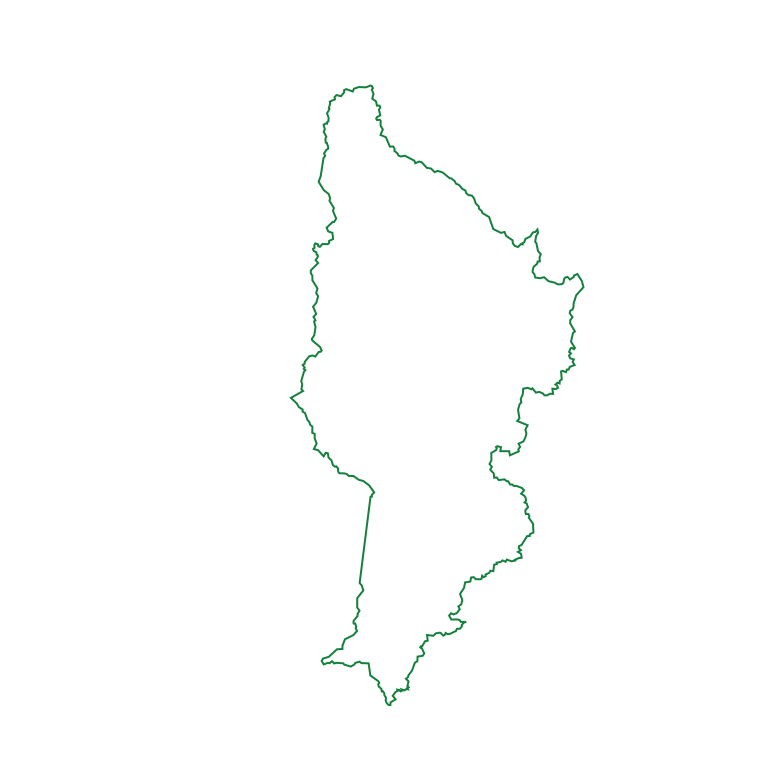 Santa Rosa De Osos, Antioquia, Colombia (Mercator projection), rotated 232°
{"feature_id": "7082276B84745263365816", "entity_name": "Santa Rosa De Osos", "entity_type": "district", "adm_level": 2, "iso_a3": "COL", "parent_name": "Colombia", "parent_adm1": "Antioquia", "projection": "mercator", "projection_center": [-75.464, 6.704], "detail": "fine", "context": "isolated", "style": "outline", "palette": "green", "viewbox_px": 768, "rotation_deg": 232, "n_neighbors": 0, "source": "geoboundaries", "source_scale": "gbopen_adm2", "svg_char_len": 6166}
<svg xmlns="http://www.w3.org/2000/svg" viewBox="0 0 768 768"><g transform="rotate(232 384 384)"><path d="M204.0,164.3L200.1,163.9L198.8,168.2L197.5,169.2L197.6,172.3L194.4,172.7L193.8,174.6L189.1,179.8L187.2,180.0L181.8,183.9L181.2,187.4L181.9,189.8L180.2,193.8L177.9,194.4L173.4,199.9L162.7,193.8L153.2,196.6L151.4,196.2L151.0,194.7L148.9,193.6L145.4,194.2L143.1,193.0L142.7,193.9L140.4,193.9L138.2,192.6L135.5,192.5L133.5,190.4L130.8,189.7L128.4,190.0L127.1,191.4L129.1,193.2L128.4,199.0L132.9,198.9L134.2,203.5L133.7,205.8L135.0,206.3L133.3,207.8L131.6,207.8L131.2,209.5L132.5,209.9L129.9,211.5L129.9,213.8L128.5,215.0L130.5,215.6L130.0,216.7L131.8,216.8L134.6,220.3L138.2,219.8L138.3,222.7L139.3,223.7L141.0,229.8L145.4,236.8L145.0,239.6L148.5,242.6L146.0,247.2L146.9,249.8L151.9,251.0L154.1,250.4L154.6,251.8L153.8,252.5L156.0,258.0L154.8,260.4L159.7,263.4L155.2,267.9L155.6,271.3L154.0,274.4L153.0,275.4L149.2,275.8L148.9,277.7L149.9,279.3L147.6,280.2L146.5,282.0L145.1,288.7L146.2,290.8L144.4,293.1L145.0,296.1L146.3,296.9L146.8,300.2L145.9,302.3L149.4,298.0L151.3,298.3L153.0,297.2L157.0,292.0L161.4,292.7L162.1,295.6L159.8,296.8L158.6,300.1L159.9,305.0L162.9,305.7L162.8,309.2L165.5,312.7L171.7,314.6L174.1,321.6L177.7,325.7L175.2,330.4L177.9,333.5L176.5,335.8L173.7,336.1L170.8,339.7L170.5,341.0L172.5,343.3L170.4,343.6L170.0,345.9L171.3,346.7L170.4,350.8L171.4,352.8L169.2,354.9L173.8,359.5L172.6,361.9L173.9,362.7L171.9,366.3L172.0,368.8L169.1,370.4L170.0,372.7L165.7,375.4L164.1,378.8L164.9,378.9L163.8,383.2L162.3,385.4L165.7,387.5L169.2,386.2L168.7,389.6L171.5,389.0L173.1,390.6L172.5,393.4L176.0,403.1L174.5,405.2L175.8,406.4L175.0,410.3L182.1,415.4L189.5,415.8L190.2,417.1L192.6,417.7L194.1,415.8L195.8,416.4L197.6,417.8L198.2,421.6L202.1,422.9L204.1,421.8L204.6,424.2L207.2,425.5L209.6,425.8L213.1,424.5L214.0,429.0L217.3,428.6L222.2,425.6L223.6,423.6L225.8,423.2L227.1,421.5L230.9,422.0L231.9,420.8L234.6,420.3L237.7,415.2L240.8,415.4L242.3,413.1L245.9,415.4L251.1,415.0L252.3,418.0L256.0,417.9L257.6,421.5L263.6,426.1L262.9,431.7L264.1,433.4L265.4,433.5L265.2,435.0L262.3,437.3L259.4,434.3L254.0,441.3L250.3,439.3L247.9,448.7L249.8,449.6L250.6,452.5L254.1,453.3L252.9,458.4L254.8,462.5L257.3,465.7L261.0,467.3L263.1,471.8L272.8,466.2L273.5,469.5L281.2,473.8L284.5,478.3L285.0,480.9L288.0,482.5L290.4,487.0L294.6,490.8L292.4,495.0L289.1,496.8L289.3,498.3L283.7,498.4L282.1,501.6L278.4,503.5L276.3,503.4L274.5,505.8L274.3,508.6L272.1,511.1L276.6,513.8L274.2,516.4L273.9,518.8L276.5,519.5L278.0,518.8L278.2,521.6L276.3,522.7L278.3,524.4L278.2,526.9L284.9,531.3L284.4,532.9L281.3,534.7L282.8,537.1L281.7,538.4L283.1,540.9L281.6,545.9L285.2,546.2L286.5,548.7L289.7,546.5L292.5,547.3L293.1,550.2L295.3,549.6L297.2,552.9L296.9,554.3L294.4,555.1L294.9,556.7L302.2,557.4L307.9,564.4L307.9,566.8L317.4,568.1L319.7,570.2L320.6,573.7L325.4,573.9L327.1,575.9L326.6,578.2L327.7,580.4L330.8,583.1L335.6,590.1L337.5,600.8L343.3,603.3L351.6,604.1L352.5,600.5L351.5,599.5L351.8,594.9L355.4,594.5L356.3,592.4L356.0,590.8L353.1,587.4L353.3,585.3L355.6,582.2L358.7,581.0L363.8,576.9L369.6,575.9L371.4,571.9L374.9,568.7L377.9,570.1L380.7,570.0L382.2,571.3L384.2,574.0L384.5,578.8L385.9,580.4L384.7,582.3L387.9,584.4L389.8,587.5L393.9,587.2L401.2,590.8L402.9,590.6L407.0,595.0L408.3,598.5L411.3,600.0L410.6,597.0L411.8,594.5L410.2,590.1L411.3,584.8L409.3,581.6L409.7,579.8L408.7,579.1L410.0,578.0L409.4,574.0L412.2,572.1L415.5,572.1L418.0,573.8L425.5,571.4L429.6,572.6L431.1,569.2L438.9,565.5L450.8,569.6L458.1,566.8L460.2,567.5L463.6,566.8L465.7,568.0L469.6,567.4L475.0,569.3L478.4,569.2L481.0,566.8L484.1,566.3L486.4,567.3L489.3,565.9L494.9,565.6L497.3,564.1L500.5,564.6L504.6,563.6L505.7,562.4L514.6,560.5L518.9,557.5L519.8,554.3L524.9,553.7L528.0,550.8L535.7,550.2L537.6,548.7L538.7,544.6L541.3,545.4L551.0,541.0L552.9,537.4L555.0,536.1L557.6,536.6L561.2,535.7L563.1,537.3L565.5,537.5L567.4,534.8L577.3,537.4L582.4,534.6L585.3,539.8L589.6,540.3L593.5,543.4L594.9,543.3L596.2,541.0L597.9,541.2L598.6,542.7L598.0,546.5L603.1,548.8L604.4,551.6L606.2,551.8L607.7,549.8L611.6,551.7L616.1,550.4L619.0,554.3L623.5,555.6L623.9,557.4L626.3,557.9L627.5,557.1L628.9,552.4L633.5,547.0L635.2,542.1L633.7,539.5L639.6,535.8L640.1,533.5L638.3,532.0L637.3,527.2L640.9,524.5L640.5,521.6L638.5,520.6L639.9,515.2L638.3,514.4L635.3,510.3L634.3,510.4L632.3,505.7L627.9,504.3L625.2,501.9L625.5,500.8L624.2,499.4L625.3,498.1L625.4,495.9L621.1,494.2L619.8,491.7L614.5,490.9L613.3,488.8L610.1,486.7L609.3,487.4L604.8,485.8L603.7,484.5L604.0,482.8L602.6,478.7L600.0,478.1L599.1,475.2L586.7,462.0L583.6,457.0L573.9,455.9L567.7,457.4L563.6,455.9L561.9,453.8L553.5,452.9L551.8,450.3L543.8,448.2L542.4,444.5L543.3,443.3L542.5,435.0L538.5,434.0L534.9,436.4L529.6,433.2L530.5,428.7L528.8,427.5L528.9,425.7L532.2,421.6L531.6,417.9L533.1,417.0L534.5,418.0L537.0,416.5L536.5,414.8L534.1,413.1L534.2,411.2L532.2,410.5L529.4,411.8L527.5,410.6L526.3,411.1L525.0,410.2L523.7,406.4L519.9,406.6L518.6,396.3L516.5,394.6L513.4,394.2L509.7,391.4L500.3,390.4L497.3,386.5L493.7,386.1L489.7,380.7L488.6,375.7L481.0,373.7L480.3,369.8L476.4,369.2L476.3,367.4L471.0,365.1L465.4,359.1L463.9,354.8L462.5,354.3L452.3,356.4L448.7,355.5L448.4,354.0L449.4,352.2L447.9,346.8L450.5,345.2L451.9,342.2L450.2,335.1L448.9,334.0L449.0,331.6L445.8,331.6L445.3,330.1L443.3,330.6L443.0,328.6L437.4,320.7L433.9,319.2L430.6,315.6L428.3,315.9L430.4,302.1L422.4,303.3L418.1,302.7L414.0,304.2L412.3,302.9L409.7,303.9L403.1,301.6L399.7,301.7L397.4,300.7L394.4,301.3L389.7,297.4L387.4,298.7L383.8,295.9L378.6,294.3L375.9,288.7L372.5,291.3L364.1,291.9L365.7,295.7L364.0,297.1L360.2,295.0L356.2,295.6L351.5,293.8L348.9,294.5L348.5,295.7L345.8,295.8L343.1,293.9L341.1,293.9L338.0,297.7L335.9,299.3L333.3,299.6L330.3,303.3L324.1,305.1L320.4,307.9L313.4,309.9L304.6,309.5L304.1,306.0L302.7,305.0L303.4,303.9L242.2,242.3L238.7,242.4L234.1,240.6L231.7,231.0L224.4,225.3L220.4,225.1L219.1,221.6L217.4,220.3L216.2,214.5L214.8,213.0L213.8,212.7L212.9,213.8L209.8,212.7L209.0,211.3L206.0,210.8L205.0,205.2L206.9,196.1L203.3,190.1L200.8,188.1L203.9,183.6L203.0,172.6L205.2,166.8L204.0,164.3Z" fill="none" stroke="#15803d" stroke-width="2"/></g></svg>